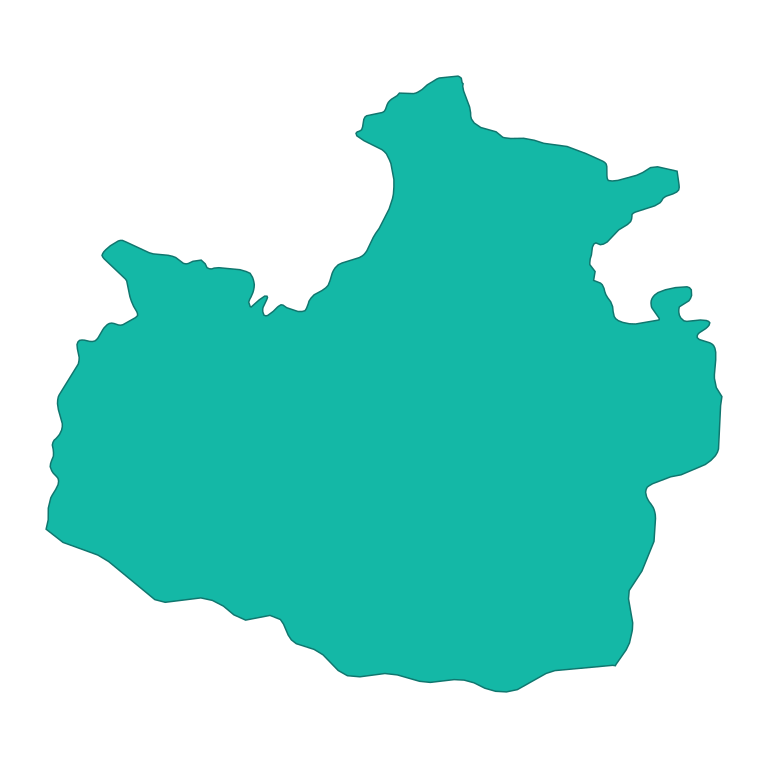 map outline of Karachay-Cherkess (orthographic projection)
{"feature_id": "RUS-2280", "entity_name": "Karachay-Cherkess", "entity_type": "Republic", "adm_level": 1, "iso_a3": "RUS", "parent_name": "Russia", "parent_adm1": "", "projection": "orthographic", "projection_center": [41.758, 43.838], "detail": "fine", "context": "isolated", "style": "filled", "palette": "teal", "viewbox_px": 768, "rotation_deg": 0, "n_neighbors": 0, "source": "natural_earth", "source_scale": "10m", "svg_char_len": 4783}
<svg xmlns="http://www.w3.org/2000/svg" viewBox="0 0 768 768"><path d="M165.2,602.3L154.8,599.6L108.6,561.5L97.7,555.0L63.0,542.4L46.1,529.2L48.2,519.9L48.3,508.1L50.8,497.8L52.3,495.0L55.7,489.5L58.1,484.6L58.6,481.2L58.1,478.5L56.7,476.7L53.3,473.2L51.7,470.7L50.2,466.7L50.6,463.5L51.7,460.3L53.4,456.2L53.5,452.7L53.2,449.3L52.3,445.0L53.0,442.3L54.2,440.1L55.9,438.7L57.7,436.7L59.6,434.3L61.6,430.1L62.3,426.7L62.3,423.6L58.4,409.7L57.5,403.7L57.7,400.0L58.3,396.9L59.3,394.7L78.3,364.0L79.0,360.6L79.2,357.5L77.4,348.8L77.0,344.6L77.9,342.0L79.5,340.4L82.0,340.0L84.6,340.2L89.7,341.4L92.4,341.5L94.8,341.0L96.6,339.6L98.1,337.8L102.8,329.7L104.1,327.8L107.3,324.6L109.3,323.5L111.6,323.1L114.0,323.5L118.5,325.0L120.7,325.2L122.9,324.7L135.5,317.6L137.6,315.6L137.5,313.7L136.8,311.7L133.6,306.3L131.4,301.2L129.9,296.6L126.7,280.9L125.4,279.0L104.1,258.8L102.8,257.1L102.0,255.4L102.7,253.6L103.9,251.7L105.8,249.7L110.3,245.8L118.2,241.0L120.4,240.4L122.4,240.4L125.9,241.9L149.1,252.7L153.3,253.9L168.2,255.3L172.5,256.3L175.7,257.5L183.5,263.4L186.1,263.9L188.3,263.5L192.9,261.3L201.2,260.1L205.2,263.8L207.0,267.7L209.5,268.8L211.8,268.9L214.1,268.1L218.9,267.7L240.0,269.7L246.1,271.5L250.1,273.3L252.5,277.3L253.3,279.6L253.9,282.1L254.3,284.7L254.1,287.4L253.6,290.1L252.9,292.6L250.9,297.2L249.9,298.9L248.7,302.1L250.2,306.6L250.6,306.8L251.2,307.0L259.3,299.8L264.7,296.1L267.0,296.2L267.5,297.5L266.7,299.7L263.0,307.5L262.9,308.1L262.7,309.5L262.8,311.9L264.0,315.2L265.9,315.9L267.8,315.4L273.3,311.3L277.5,307.1L278.8,306.1L281.0,304.8L283.0,305.1L286.7,307.7L298.0,311.5L302.1,311.5L305.0,310.7L306.0,309.2L306.6,308.1L308.3,303.7L309.0,301.2L311.0,298.1L314.1,294.8L321.9,290.6L325.7,287.9L328.1,285.4L330.0,280.7L332.2,273.2L333.4,270.6L335.1,267.9L338.2,264.8L342.0,263.0L359.3,257.6L362.3,255.9L364.0,254.5L365.5,252.7L366.8,250.9L373.2,237.5L375.7,233.3L379.2,228.4L389.1,209.0L392.5,198.6L393.4,194.1L393.9,187.0L393.9,179.6L390.9,163.5L389.4,159.8L386.4,153.8L384.1,151.4L381.9,149.6L364.0,140.7L356.8,135.8L356.0,133.3L357.2,131.9L359.5,131.1L361.6,129.8L362.6,126.9L363.8,119.4L365.0,117.0L366.8,115.7L382.3,112.5L384.3,111.3L385.5,109.3L387.2,104.5L388.3,102.4L389.8,100.7L391.5,99.2L397.1,95.7L399.4,93.1L413.5,93.6L416.0,93.0L418.1,92.0L422.0,89.6L427.2,84.9L437.0,78.9L439.3,78.0L458.0,76.1L459.5,76.8L461.3,78.2L462.1,82.7L463.1,83.7L462.7,86.2L463.6,91.0L469.6,107.0L470.6,112.7L470.7,116.2L471.5,119.1L474.2,123.0L480.8,127.5L496.1,131.8L502.8,137.3L504.8,137.8L510.7,138.5L523.7,138.3L534.4,140.3L543.7,143.3L567.1,146.5L586.2,153.7L602.8,161.2L604.7,162.4L606.2,164.1L606.8,166.6L606.9,175.3L607.1,177.7L607.6,179.4L608.4,180.5L612.2,181.0L618.0,180.4L636.6,175.3L642.8,172.5L650.5,167.6L657.6,166.8L677.1,171.2L679.0,184.6L679.2,187.4L678.7,189.9L676.7,192.0L672.9,193.9L666.4,196.1L664.7,197.1L663.0,198.4L661.7,200.7L660.1,202.7L654.8,205.8L635.3,212.1L633.4,213.1L632.0,214.4L631.9,216.5L631.6,219.0L630.6,221.6L627.5,224.5L618.7,229.9L607.2,242.0L603.4,244.1L600.3,244.7L595.9,242.9L593.9,244.0L592.4,247.2L591.4,255.0L590.2,258.9L589.8,262.5L589.8,264.6L595.1,271.5L593.6,280.4L600.5,283.1L602.3,284.8L604.0,288.4L604.7,291.4L605.8,294.5L607.6,297.6L610.7,301.8L612.6,306.6L613.1,311.5L614.2,316.5L615.7,318.7L618.2,320.6L622.7,322.4L629.5,323.8L635.6,324.0L658.3,320.1L659.2,319.7L659.3,318.8L658.9,317.9L652.1,308.2L651.6,307.2L651.4,306.5L651.2,305.1L651.0,303.0L651.2,300.8L652.0,298.6L653.2,296.7L654.7,295.0L658.0,292.6L665.4,289.8L675.5,287.6L687.0,286.8L689.5,287.7L691.3,289.8L691.6,295.4L690.5,298.4L688.9,300.8L679.7,306.6L679.3,307.0L679.1,307.8L678.8,309.7L678.8,312.2L679.4,315.3L680.8,318.0L683.9,320.8L686.7,321.4L700.4,320.0L706.3,320.5L708.6,321.4L709.8,322.8L709.0,325.3L707.5,327.0L705.7,328.6L699.4,332.7L698.1,334.0L697.2,335.6L697.2,337.6L699.3,339.5L709.8,342.8L711.8,343.9L713.5,345.4L714.9,348.2L715.7,352.2L715.7,360.0L714.4,374.7L714.4,378.3L716.3,387.6L721.9,396.6L720.6,405.5L718.5,449.0L717.4,452.3L715.4,455.7L710.9,460.4L705.3,464.5L681.1,474.8L670.7,476.8L652.6,483.7L648.9,485.9L647.2,487.2L646.1,489.5L645.6,492.3L646.6,496.9L647.9,499.6L649.3,502.0L650.7,503.7L653.2,507.5L654.1,509.7L654.8,512.2L655.3,514.8L655.5,518.5L654.0,541.4L641.9,571.1L629.2,590.5L628.5,598.8L632.7,622.9L632.4,629.4L632.0,631.8L629.5,642.9L626.2,649.8L615.8,664.7L615.4,665.7L612.7,665.3L554.9,670.6L546.2,673.4L544.4,674.4L517.4,689.6L506.5,691.9L495.6,691.3L484.8,688.2L474.0,682.8L464.1,680.1L454.1,679.6L430.3,682.4L419.6,681.3L397.3,674.9L384.9,673.5L359.9,676.8L347.4,675.7L338.2,670.5L323.0,654.8L314.1,649.4L296.3,643.7L291.4,639.9L288.2,635.1L283.5,624.1L280.4,619.5L270.0,615.4L245.6,620.1L233.8,614.8L223.4,606.1L212.4,600.4L200.8,597.9L165.2,602.3Z" fill="#14b8a6" stroke="#0f766e" stroke-width="1.5"/></svg>